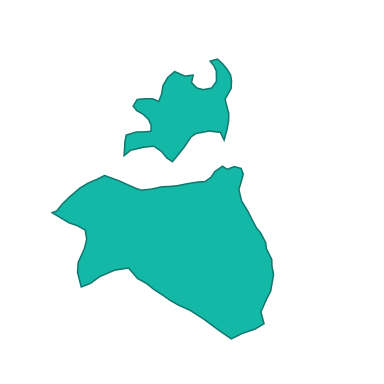 Milia Ammochostou, Cyprus, rotated 204°
{"feature_id": "46923920B90595863135808", "entity_name": "Milia Ammochostou", "entity_type": "district", "adm_level": 2, "iso_a3": "CYP", "parent_name": "Cyprus", "parent_adm1": "", "projection": "mercator", "projection_center": [33.805, 35.225], "detail": "fine", "context": "isolated", "style": "filled", "palette": "teal", "viewbox_px": 384, "rotation_deg": 204, "n_neighbors": 0, "source": "geoboundaries", "source_scale": "gbopen_adm2", "svg_char_len": 1616}
<svg xmlns="http://www.w3.org/2000/svg" viewBox="0 0 384 384"><g transform="rotate(204 192 192)"><path d="M311.4,116.2L291.9,113.8L283.4,114.6L274.1,113.8L269.0,106.1L267.3,96.7L267.3,81.4L263.9,72.1L254.6,60.2L247.8,67.0L241.9,77.2L230.9,89.1L219.1,96.7L206.4,90.8L196.2,89.9L186.9,87.4L175.9,85.7L167.4,84.0L157.3,83.1L145.4,83.1L129.4,80.6L109.9,76.3L96.3,73.8L88.7,83.1L78.6,92.5L72.6,101.0L80.3,110.5L80.3,116.5L80.3,125.2L79.8,133.4L82.5,144.3L84.1,150.2L88.5,156.2L91.7,162.8L100.9,170.4L104.2,175.8L112.3,182.3L118.8,185.6L126.4,191.6L132.9,197.0L143.2,204.1L150.2,213.4L151.3,222.1L152.4,229.1L156.7,233.5L163.7,232.4L169.2,227.0L174.6,228.0L179.5,219.9L180.5,213.4L184.3,206.8L189.7,204.1L195.7,200.3L200.6,197.0L208.2,191.6L214.1,188.3L221.7,184.5L230.4,178.0L239.0,173.1L245.0,172.5L255.3,172.5L264.0,172.5L278.6,171.5L284.0,164.9L290.5,157.9L295.9,150.2L301.9,137.7L305.7,127.9L307.8,119.8L311.4,116.2ZM268.8,197.6L265.0,205.2L254.2,213.4L245.5,218.3L236.3,216.6L228.7,212.8L222.2,211.7L220.1,219.3L217.4,229.7L215.2,242.2L212.0,247.1L201.1,254.7L190.3,258.0L183.8,252.5L185.4,263.4L187.6,272.1L190.3,278.6L199.5,290.1L198.4,302.6L201.1,309.7L204.4,314.6L209.8,318.4L216.3,321.6L222.8,323.8L228.7,318.9L223.3,316.2L219.0,312.4L214.7,303.1L216.3,295.0L223.3,290.1L229.8,289.0L236.9,291.7L238.5,299.3L245.5,295.0L256.9,295.0L260.7,286.8L261.8,277.6L259.6,268.9L259.1,261.2L265.6,261.2L272.1,258.5L279.7,254.2L280.7,246.5L275.3,243.8L268.8,243.3L261.2,240.6L256.4,236.2L254.2,230.8L259.1,228.0L267.2,224.2L275.3,217.2L273.7,210.6L268.8,197.6Z" fill="#14b8a6" stroke="#0f766e" stroke-width="1.5"/></g></svg>